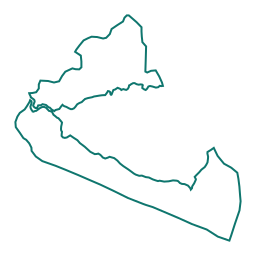 Commonwealth, Grand Cape Mount, Liberia
{"feature_id": "62588387B80584494728088", "entity_name": "Commonwealth", "entity_type": "district", "adm_level": 2, "iso_a3": "LBR", "parent_name": "Liberia", "parent_adm1": "Grand Cape Mount", "projection": "mercator", "projection_center": [-11.29, 6.738], "detail": "fine", "context": "isolated", "style": "outline", "palette": "teal", "viewbox_px": 256, "rotation_deg": 0, "n_neighbors": 0, "source": "geoboundaries", "source_scale": "gbopen_adm2", "svg_char_len": 3546}
<svg xmlns="http://www.w3.org/2000/svg" viewBox="0 0 256 256"><path d="M207.5,152.0L207.4,153.5L208.1,156.6L208.0,158.5L207.5,162.4L206.2,164.9L204.7,167.1L201.4,169.7L199.2,172.3L196.2,175.3L194.7,176.9L195.9,179.2L195.7,180.0L194.1,183.5L193.8,183.9L192.2,186.4L192.0,188.2L190.8,189.6L190.3,188.2L188.0,185.6L184.6,184.1L181.9,183.9L179.9,183.0L178.2,181.2L176.9,180.7L173.0,180.4L168.7,181.3L164.2,181.6L159.6,180.7L158.0,181.1L156.0,180.5L152.8,179.4L148.9,177.5L145.8,177.1L141.9,175.6L139.2,175.8L135.7,174.6L133.8,173.5L131.4,171.7L128.4,169.5L126.3,168.1L123.3,166.1L120.0,163.5L117.4,160.6L114.2,158.1L109.6,156.8L107.7,157.7L105.2,158.5L102.8,157.5L101.4,155.9L100.3,154.8L98.3,153.6L96.6,154.0L94.7,154.1L90.3,151.8L88.2,149.9L84.8,146.8L79.9,143.1L77.4,140.2L73.8,137.9L70.2,135.4L66.8,137.5L64.8,137.9L62.9,137.4L61.6,135.9L61.7,134.0L62.0,131.8L61.2,130.5L61.0,129.0L61.2,126.4L61.7,124.3L62.0,122.5L60.5,120.6L58.4,118.2L57.5,117.9L57.2,117.8L54.6,115.6L53.5,114.8L52.9,113.6L52.1,112.0L51.6,111.7L51.2,111.5L49.0,110.8L48.9,110.8L48.2,110.0L47.5,109.3L46.0,107.7L44.3,107.0L42.6,106.9L41.6,107.3L40.1,108.0L36.1,110.9L35.6,110.9L35.4,110.9L33.4,111.7L33.0,111.6L32.7,111.5L32.7,111.4L31.5,109.8L31.2,109.2L30.7,108.2L30.4,106.6L31.2,104.2L31.6,102.5L31.4,101.1L30.1,100.2L29.4,102.1L26.7,106.5L24.7,109.4L24.3,109.7L19.8,112.9L17.4,116.6L15.4,122.0L15.8,127.1L16.4,128.0L19.9,132.9L23.3,138.0L24.3,138.7L26.2,139.8L29.2,143.3L31.4,147.6L31.6,150.9L35.8,156.5L42.3,161.1L55.6,165.8L65.3,169.7L78.3,175.1L89.8,180.1L100.3,184.6L113.0,190.6L128.0,198.0L143.3,204.0L145.8,204.9L152.8,207.1L178.7,218.1L192.0,224.1L200.7,227.3L206.7,229.5L217.8,236.6L229.0,240.5L229.4,240.6L231.2,235.4L234.9,223.9L239.5,210.4L240.6,201.3L240.1,195.7L239.4,186.6L238.6,180.3L238.4,178.7L237.3,172.7L231.4,167.8L230.4,167.2L224.0,163.7L217.6,155.9L215.1,150.7L213.8,147.9L210.8,150.0L207.5,152.0ZM162.9,85.9L162.0,82.6L159.2,76.4L155.7,70.4L151.1,70.8L147.2,72.5L145.4,71.6L145.4,70.6L145.7,60.8L146.1,46.4L142.4,42.2L142.3,41.2L141.8,36.6L141.5,31.5L141.5,27.2L140.4,26.1L136.5,22.1L128.8,15.4L127.9,15.4L126.8,15.4L124.5,17.7L123.0,21.5L117.5,25.0L113.4,27.8L111.6,29.0L109.8,34.1L106.2,37.8L103.1,38.5L97.0,37.0L96.2,37.0L91.6,36.7L88.0,38.2L83.6,40.4L79.5,45.4L76.2,49.8L75.1,51.8L80.8,55.6L81.4,61.5L81.4,67.3L79.3,69.3L77.8,69.3L75.5,69.2L72.4,68.4L65.3,71.7L62.7,75.2L62.2,75.8L59.1,81.3L54.0,82.5L48.1,81.0L40.4,80.6L38.8,84.4L38.8,88.5L36.2,92.2L32.4,93.0L29.2,93.2L29.4,93.9L31.0,97.2L30.9,97.5L32.0,98.1L33.6,99.3L34.3,100.0L34.6,101.1L34.6,101.8L33.9,103.5L33.2,105.5L33.7,106.6L35.4,108.0L37.1,108.0L38.2,105.4L41.0,105.2L42.5,104.2L45.7,104.9L46.2,105.1L48.5,107.2L49.9,107.7L51.5,109.4L54.3,111.1L55.5,110.0L59.3,109.0L61.2,106.3L62.5,104.8L63.2,105.5L64.3,106.2L66.4,106.9L68.7,108.2L70.7,109.1L72.2,109.1L73.9,108.4L75.4,106.8L77.2,104.3L79.4,103.0L81.7,102.1L84.0,99.9L84.3,99.7L85.0,99.0L87.8,98.1L92.2,97.2L94.0,96.5L97.1,96.0L99.4,95.6L101.6,95.3L102.5,95.2L105.2,95.1L105.9,94.2L107.2,92.4L107.9,91.1L108.9,91.2L110.0,91.9L110.3,93.1L110.5,94.2L111.1,94.8L111.6,94.5L112.6,91.9L113.4,90.0L115.1,89.5L117.6,87.8L119.1,88.4L120.6,89.1L121.3,90.0L122.3,89.5L123.3,89.1L125.0,89.6L126.2,89.9L127.6,89.1L128.7,87.4L129.1,85.4L130.3,84.9L130.9,84.3L133.2,83.1L134.6,83.1L136.6,84.2L138.7,84.7L140.5,84.4L142.2,84.6L142.8,85.2L142.4,86.6L142.3,88.0L143.1,88.6L144.2,89.4L145.7,90.0L147.1,88.7L148.4,86.5L150.0,86.0L152.4,86.5L155.9,87.6L158.2,87.2L159.8,85.8L161.1,86.1L162.9,85.9Z" fill="none" stroke="#0f766e" stroke-width="2"/></svg>